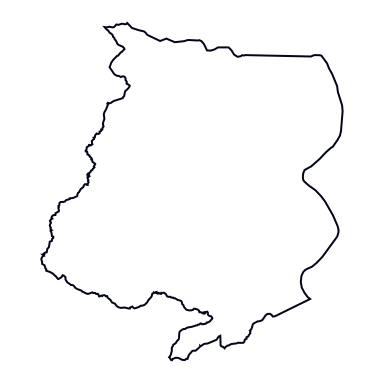 Córdoba, Bolívar, Colombia (Albers equal-area conic projection)
{"feature_id": "7082276B35551918348685", "entity_name": "Córdoba", "entity_type": "district", "adm_level": 2, "iso_a3": "COL", "parent_name": "Colombia", "parent_adm1": "Bolívar", "projection": "albers", "projection_center": [-74.927, 9.535], "detail": "fine", "context": "isolated", "style": "outline", "palette": "ink", "viewbox_px": 384, "rotation_deg": 0, "n_neighbors": 0, "source": "geoboundaries", "source_scale": "gbopen_adm2", "svg_char_len": 5869}
<svg xmlns="http://www.w3.org/2000/svg" viewBox="0 0 384 384"><path d="M127.2,23.0L126.4,24.0L124.9,24.3L123.2,23.8L121.6,23.8L118.6,24.8L116.3,24.5L114.4,26.8L112.7,27.4L109.4,26.7L106.5,27.4L104.6,27.1L106.2,29.1L108.1,30.5L109.7,32.7L111.5,33.9L112.8,35.4L113.1,36.9L114.4,37.9L114.5,38.9L116.5,41.6L116.9,43.1L118.3,44.8L122.7,46.7L124.2,48.3L124.5,49.1L121.8,51.9L120.8,52.4L117.9,55.8L117.1,55.9L113.4,59.6L111.3,62.6L109.6,67.2L114.0,73.8L115.3,74.9L116.8,75.7L119.3,76.1L120.8,77.1L122.1,76.4L123.2,76.3L124.7,76.9L125.6,78.5L125.5,80.0L126.8,81.8L126.5,83.6L128.6,84.7L129.7,85.6L129.3,87.0L128.1,88.5L125.1,91.3L124.2,95.9L122.9,97.5L122.7,98.2L113.9,100.9L111.0,102.8L109.4,103.4L108.8,103.4L107.9,102.8L107.3,103.6L107.8,104.9L106.1,109.3L104.5,112.0L103.8,114.3L104.4,118.9L102.9,123.2L103.2,124.3L102.9,124.9L103.6,126.4L102.5,128.0L102.3,129.6L102.0,129.8L101.2,129.6L101.1,131.0L99.6,131.6L99.6,133.3L98.0,134.0L96.7,133.5L95.1,135.3L95.0,136.9L94.7,137.4L93.7,137.6L94.2,138.3L94.1,139.0L92.9,139.8L91.9,140.9L91.9,142.8L92.4,144.2L90.8,145.4L89.6,144.8L89.1,144.9L89.0,145.8L86.8,147.2L86.5,149.6L85.6,150.6L85.7,151.4L87.0,151.6L87.2,151.9L87.2,152.6L87.5,153.1L87.4,154.4L89.0,155.1L89.2,155.8L90.0,156.3L89.9,156.8L91.4,158.0L91.9,159.1L91.4,159.6L92.1,160.0L92.5,161.8L95.2,163.9L95.2,164.5L94.6,165.0L93.8,166.6L94.4,167.4L92.5,169.3L92.3,170.1L91.0,170.7L90.4,172.2L89.4,172.6L89.2,173.7L88.0,173.6L87.2,174.6L87.6,175.4L89.0,175.6L89.5,176.2L89.1,176.6L88.4,176.5L88.1,177.1L87.6,177.1L87.5,178.1L88.4,180.2L87.9,181.1L88.6,182.2L87.7,183.9L87.7,184.9L86.7,184.8L86.2,184.2L85.0,184.2L83.9,185.4L83.2,187.2L80.8,189.0L79.0,192.2L78.1,192.8L77.3,194.9L77.4,195.7L76.9,196.3L73.0,198.0L69.8,198.3L69.8,199.0L66.0,200.2L64.9,201.5L63.6,201.9L60.6,202.0L59.4,203.2L59.3,205.4L58.4,206.0L58.8,206.9L58.4,207.4L58.7,207.9L58.4,208.6L58.9,210.2L58.8,211.4L55.6,213.1L55.4,215.0L53.5,215.1L52.3,216.0L51.4,217.8L52.3,218.7L51.4,219.1L49.9,220.8L50.0,221.4L50.8,222.1L51.0,222.7L50.0,224.5L49.8,225.9L50.9,227.9L50.5,228.3L50.6,229.3L51.6,230.1L50.6,230.4L50.5,231.0L51.4,232.3L52.0,236.1L53.3,236.7L53.3,237.9L52.1,239.0L51.9,240.8L49.8,241.7L48.9,247.2L47.3,248.9L46.7,252.3L45.6,252.4L43.7,253.6L44.0,254.0L44.5,254.0L44.4,254.5L43.6,255.1L42.9,255.0L43.4,255.5L43.9,255.4L44.1,255.8L42.9,256.1L42.2,257.0L41.4,258.5L41.4,259.5L42.0,261.5L42.2,264.0L44.6,265.3L45.4,268.2L46.3,269.3L46.2,270.7L50.5,272.2L53.1,273.8L54.7,275.5L55.5,275.9L57.9,278.9L58.4,279.1L61.4,277.2L62.7,275.2L63.8,275.7L65.5,277.3L65.5,279.5L67.2,282.2L71.1,285.0L71.7,284.9L73.1,285.3L74.3,286.3L75.3,287.9L77.9,289.3L81.5,290.6L82.2,291.5L87.0,293.8L88.5,293.8L92.4,292.4L93.3,293.1L95.1,292.9L96.2,294.0L97.7,293.8L98.4,294.4L98.7,295.8L99.3,296.5L101.5,295.6L102.2,296.0L102.4,295.5L104.2,295.1L105.7,295.8L105.8,296.2L107.2,296.2L107.6,297.7L110.4,299.9L112.0,302.4L115.0,303.7L116.6,305.9L118.1,307.1L120.7,307.9L124.6,307.5L129.1,308.6L129.8,308.5L129.8,307.8L132.4,306.5L133.5,307.9L134.6,308.4L139.2,306.9L140.4,305.8L142.6,305.6L144.7,304.8L147.1,302.4L148.3,300.3L151.5,296.7L152.4,293.6L153.6,293.1L153.7,292.6L154.2,293.0L155.9,292.5L155.8,292.1L156.3,292.0L156.2,292.4L156.9,292.7L156.8,293.2L157.7,293.6L158.0,292.9L158.4,292.9L158.3,293.2L161.1,293.9L161.3,293.3L160.4,292.9L164.1,292.8L165.9,294.1L166.9,296.1L168.0,296.8L170.4,296.8L171.2,297.5L173.4,297.7L173.6,298.2L175.1,298.3L177.5,299.8L181.1,300.9L181.9,302.2L182.2,304.1L183.3,305.0L184.1,307.1L186.1,309.4L186.9,309.9L189.0,310.4L191.5,310.3L192.9,309.9L193.8,308.8L195.3,308.8L197.7,309.6L199.0,310.6L199.1,311.3L199.7,311.7L199.6,312.2L200.8,312.2L201.9,312.8L202.6,312.7L203.1,313.0L202.9,313.3L203.9,313.7L204.2,313.7L204.2,312.6L204.8,312.9L204.6,313.2L204.9,313.4L205.2,313.1L205.0,312.1L207.3,311.7L207.9,312.8L207.8,314.3L208.2,315.1L209.4,315.9L211.1,316.3L212.3,317.9L212.3,318.6L210.1,321.1L208.5,322.2L206.7,322.5L206.6,323.2L205.0,323.9L202.1,324.3L201.6,323.7L200.4,323.5L199.5,324.4L197.8,324.7L197.3,325.3L195.9,325.5L191.9,326.8L187.7,327.5L185.9,328.3L185.0,329.1L183.7,329.0L182.7,329.4L180.0,331.3L179.4,332.2L178.9,338.7L178.6,339.5L177.3,340.7L175.5,343.4L173.3,344.7L173.0,346.0L172.3,346.7L171.8,348.0L171.8,351.1L170.8,354.6L170.3,355.8L169.1,357.3L170.0,358.1L170.8,359.6L171.6,359.9L171.5,361.0L172.6,359.0L175.9,357.7L178.6,358.0L182.3,359.9L185.0,360.0L186.0,358.9L187.5,358.9L188.9,354.9L192.2,351.1L193.3,350.7L195.6,350.7L199.0,347.7L200.2,346.4L200.2,346.0L200.5,346.3L201.4,345.8L203.9,344.0L207.9,343.4L216.5,339.8L218.6,336.6L220.3,335.8L220.6,345.4L221.4,346.4L222.8,346.7L224.6,348.3L224.9,347.5L227.5,345.6L228.9,345.4L231.0,344.1L237.0,343.3L238.5,342.6L239.8,342.9L243.3,342.8L244.3,341.8L244.9,339.5L246.6,338.7L246.5,337.2L248.3,336.4L249.0,334.9L250.3,333.3L250.1,332.3L250.4,331.4L249.9,330.6L250.6,330.2L251.6,328.5L252.9,324.2L254.0,323.3L257.6,321.4L260.2,321.1L262.4,320.0L265.5,315.5L267.3,314.0L269.9,313.8L271.7,315.0L272.7,316.5L274.7,316.4L310.1,299.0L307.7,297.1L304.5,292.8L301.8,287.7L300.8,282.3L301.4,276.1L303.2,272.1L305.0,270.1L307.4,268.7L311.7,266.9L316.4,263.1L322.4,256.8L337.2,236.6L338.3,233.0L338.6,230.2L337.6,226.0L332.8,215.0L325.0,201.4L320.9,196.0L315.4,190.2L308.6,185.4L304.2,181.4L303.2,179.8L303.0,178.7L302.9,176.6L303.2,173.4L304.6,170.0L311.3,166.3L319.7,158.9L325.8,152.4L330.7,148.0L332.7,146.9L337.5,140.0L340.0,135.5L341.0,131.1L342.6,111.3L342.1,105.4L337.9,92.0L337.1,86.1L332.1,73.9L329.0,68.4L327.1,63.4L321.4,55.6L319.7,55.2L314.2,55.1L310.9,56.5L245.2,55.1L243.9,55.5L242.1,55.2L240.8,56.2L237.5,56.8L234.0,54.5L231.5,50.3L228.6,47.4L218.0,47.4L214.6,49.4L210.7,50.6L207.0,50.4L203.9,44.0L201.5,41.2L199.4,40.2L198.0,40.5L188.6,40.0L186.6,40.3L184.6,41.1L174.8,42.2L166.4,38.6L160.1,41.0L147.3,34.9L145.5,32.6L144.0,31.4L138.8,30.2L132.0,28.0L127.2,23.0Z" fill="none" stroke="#020617" stroke-width="2"/></svg>